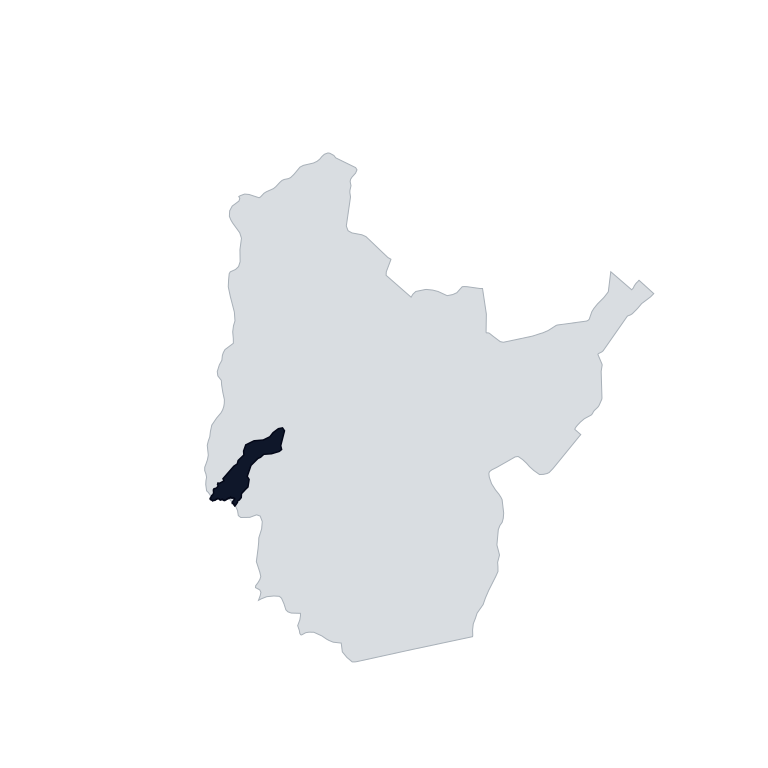 Yambio, Western Equatoria, South Sudan shown in context, rotated 41°
{"feature_id": "79223893B76948069319823", "entity_name": "Yambio", "entity_type": "district", "adm_level": 2, "iso_a3": "SSD", "parent_name": "South Sudan", "parent_adm1": "Western Equatoria", "projection": "equal_earth", "projection_center": [28.647, 5.178], "detail": "fine", "context": "in_parent", "style": "filled", "palette": "ink", "viewbox_px": 768, "rotation_deg": 41, "n_neighbors": 0, "source": "geoboundaries", "source_scale": "gbopen_adm2", "svg_char_len": 6964}
<svg xmlns="http://www.w3.org/2000/svg" viewBox="0 0 768 768"><g transform="rotate(41 384 384)"><path d="M562.7,588.4L545.6,611.4L544.4,612.8L542.3,614.6L535.4,614.7L528.3,613.5L521.7,607.6L515.0,612.2L510.8,613.6L508.2,614.2L502.3,614.9L493.9,617.4L490.2,620.5L488.1,623.0L486.4,627.5L485.6,627.9L484.0,627.4L481.9,625.6L477.4,623.0L475.2,617.2L473.1,613.8L471.4,611.9L464.3,617.7L460.9,619.0L458.1,618.8L452.9,615.6L447.2,612.9L444.3,612.9L439.9,616.3L435.0,621.5L432.4,626.5L431.2,629.6L429.4,624.9L427.8,622.0L425.3,620.9L420.6,622.0L419.5,620.4L419.2,616.4L418.5,612.8L417.3,610.1L413.6,607.4L404.2,601.8L396.9,590.8L393.2,585.6L390.5,582.3L386.7,573.6L382.4,567.7L377.2,564.9L373.7,566.3L370.2,572.7L363.5,578.7L360.4,578.9L356.5,575.6L351.5,573.3L342.6,572.3L338.9,575.1L334.1,579.7L330.1,582.5L327.5,582.8L325.2,581.7L322.5,581.1L320.2,581.0L315.4,576.8L313.0,573.7L311.3,570.8L308.6,568.7L305.5,567.0L303.3,564.4L302.1,561.1L300.4,556.9L298.1,553.0L290.8,546.2L288.7,542.1L287.2,538.2L284.2,533.8L281.0,528.0L280.0,519.5L279.9,512.6L279.2,509.4L277.9,506.2L276.3,503.6L273.8,500.5L267.9,496.1L261.8,491.0L258.9,488.0L253.3,486.9L250.0,484.0L247.2,477.6L246.1,472.5L243.3,468.5L242.1,465.6L241.4,462.3L243.6,452.1L240.4,448.5L235.6,443.9L232.2,438.8L230.1,434.1L223.9,427.9L210.5,418.7L202.7,412.8L198.5,407.5L194.8,402.3L194.4,400.2L196.8,395.0L197.2,390.8L195.2,386.1L187.2,377.2L180.8,367.5L175.9,364.5L164.2,361.8L160.9,360.7L157.3,358.9L153.9,354.5L152.7,349.3L154.5,341.1L153.4,338.5L151.4,337.8L152.0,336.1L154.2,332.1L157.8,329.5L167.5,325.4L168.1,323.8L168.3,318.7L169.1,316.1L172.4,309.0L172.9,306.1L173.1,300.1L173.5,297.2L174.5,295.1L177.2,291.6L178.1,289.4L178.5,284.8L178.3,275.5L179.7,271.9L185.8,263.5L187.4,259.8L188.0,256.4L187.9,253.0L188.3,249.7L190.1,246.4L191.7,245.4L196.2,244.4L199.2,245.0L220.6,239.3L223.1,240.1L224.2,243.5L224.1,248.9L224.5,251.5L225.6,253.4L229.0,256.0L231.3,260.3L232.6,261.9L236.0,264.8L251.9,289.5L256.3,291.9L260.7,291.0L269.4,285.9L273.7,284.6L303.9,286.0L307.3,285.3L307.5,285.4L312.1,297.8L314.3,300.6L347.5,300.7L346.9,297.2L347.3,293.3L353.1,285.7L354.0,284.8L359.1,281.2L364.1,278.7L373.7,275.9L377.2,271.4L379.1,267.3L379.2,259.3L380.5,257.9L382.8,256.1L393.9,248.9L395.7,247.3L415.4,264.1L426.5,277.3L427.1,278.0L427.7,278.2L428.3,277.8L428.8,277.2L430.1,276.6L434.9,276.4L443.8,275.8L446.7,274.2L464.6,250.5L469.1,243.0L470.2,241.4L472.8,236.0L475.5,226.8L476.1,225.8L495.6,203.6L496.3,201.9L496.4,200.5L493.4,193.0L492.8,189.2L492.6,183.4L493.2,174.4L492.9,168.6L492.7,167.1L492.5,166.8L481.5,150.5L509.1,150.4L509.2,148.3L509.1,147.7L508.5,145.7L508.2,143.1L508.2,141.7L508.4,140.3L508.4,139.6L508.3,139.0L508.3,138.7L508.4,138.4L528.3,138.8L528.0,143.4L525.7,154.2L525.8,160.7L525.3,168.1L524.6,170.3L523.6,172.1L523.2,172.9L523.2,173.7L527.6,215.2L527.3,217.0L526.2,219.6L525.9,220.4L525.9,221.1L526.3,221.5L535.5,226.0L535.9,226.3L536.3,226.7L539.6,232.0L557.8,251.7L558.4,252.7L560.3,258.9L560.5,259.9L560.6,261.3L560.5,262.5L560.1,266.2L560.3,267.9L560.6,269.0L560.8,270.3L560.8,270.7L560.7,271.6L558.0,278.7L557.2,283.8L557.0,288.1L557.1,290.6L557.4,292.2L557.7,292.9L557.9,293.1L565.7,293.1L565.7,295.4L566.9,333.0L567.0,337.2L566.7,342.5L565.8,344.6L563.6,347.6L560.8,350.3L553.8,351.0L548.0,350.9L543.8,350.3L538.1,350.1L532.8,350.7L530.8,353.0L523.8,373.0L521.7,378.0L521.1,380.9L521.8,382.7L524.5,385.2L530.6,388.7L537.6,390.8L542.8,391.7L546.3,392.7L549.0,393.8L559.0,402.9L562.1,407.1L563.9,410.8L564.3,414.8L565.8,418.9L574.8,431.4L583.4,437.3L586.7,444.0L589.9,447.2L593.0,450.7L594.6,455.9L598.4,471.0L600.9,478.9L603.5,485.4L604.6,495.9L606.6,500.6L608.7,506.4L612.2,511.5L615.9,515.5L616.6,516.6L579.5,565.8L562.7,588.4Z" fill="#d9dde1" stroke="#a8b0b8" stroke-width="1"/><path d="M336.2,483.7L333.6,487.0L332.2,493.5L332.5,498.7L329.6,505.5L323.2,512.1L319.6,520.6L322.0,526.7L324.8,529.5L324.1,537.4L325.7,540.6L324.6,544.5L324.6,561.1L326.8,562.1L325.0,566.8L323.6,567.7L324.4,569.2L325.8,569.7L325.8,572.5L324.4,574.6L324.7,575.9L327.0,578.1L327.5,580.4L327.1,581.1L327.2,581.3L327.4,581.5L327.5,581.6L327.6,581.8L327.5,582.0L327.5,582.4L327.6,582.5L327.7,582.8L327.7,583.1L327.8,583.4L327.8,583.6L327.7,584.0L327.8,584.3L328.0,584.3L328.0,584.5L328.1,584.8L328.3,584.9L328.4,584.6L328.5,584.4L328.9,584.4L329.1,584.5L329.3,584.7L329.3,584.8L329.5,584.9L329.7,585.0L329.8,584.9L330.0,584.8L330.0,584.6L330.3,584.5L330.5,584.5L330.8,584.5L331.0,584.6L331.2,584.4L331.2,584.2L331.4,584.2L331.5,584.3L331.6,584.0L331.7,583.9L331.8,583.6L331.9,583.4L332.1,583.5L332.2,583.4L332.3,583.1L332.4,582.9L332.6,582.6L332.8,582.5L332.9,582.3L332.9,582.0L332.8,581.8L332.7,581.6L332.9,581.4L333.1,581.3L333.2,581.1L333.0,580.7L333.3,580.5L333.4,580.4L333.6,580.2L333.7,579.9L333.5,579.6L333.6,579.3L333.8,579.4L334.0,579.4L334.3,579.3L334.5,579.2L334.8,579.1L335.0,578.9L335.2,579.0L335.4,579.0L335.5,578.9L335.8,579.0L336.0,579.0L336.4,579.1L336.5,579.0L336.8,578.9L336.9,578.5L336.9,578.4L337.0,578.1L337.3,578.0L337.3,577.7L337.3,577.3L337.4,577.2L337.5,577.0L337.7,576.9L337.9,576.9L338.0,576.9L338.2,577.1L338.4,577.1L338.6,577.0L338.7,576.9L338.8,576.9L338.9,577.0L339.0,577.1L339.2,576.9L339.4,576.7L339.5,576.6L339.8,576.8L339.9,576.7L340.1,576.5L340.2,576.4L340.3,576.4L340.4,576.1L340.2,575.9L340.2,575.7L340.4,575.6L340.6,575.5L340.7,575.2L340.8,575.0L340.9,574.9L340.9,574.7L340.9,574.3L340.9,574.1L341.0,574.0L341.0,573.8L341.0,573.7L341.3,573.6L341.4,573.4L341.5,573.3L341.6,573.1L341.5,572.8L341.4,572.7L341.3,572.3L341.3,572.1L341.4,571.9L341.6,571.8L341.8,571.7L341.8,571.8L342.0,571.8L342.2,571.5L342.3,571.4L342.4,571.2L342.5,571.2L342.4,570.9L342.2,570.9L342.2,570.7L342.3,570.6L342.5,570.4L342.6,570.1L342.5,569.9L342.8,569.9L342.8,570.1L342.9,570.3L343.0,570.3L343.1,570.2L343.3,570.0L343.5,570.0L343.8,570.0L343.8,569.8L343.9,570.0L344.1,569.9L344.3,569.8L344.3,569.7L344.5,569.6L344.6,569.4L344.6,569.1L344.8,569.2L345.0,569.0L345.0,568.8L345.3,568.7L345.5,568.5L345.8,568.7L346.0,568.7L346.1,568.8L346.3,568.8L346.5,568.6L346.6,568.8L346.7,569.0L346.8,569.2L346.9,569.3L347.0,569.4L346.9,569.6L346.7,569.8L346.7,570.0L346.8,570.3L346.9,570.5L347.0,570.6L347.0,570.9L346.9,570.9L346.9,571.1L346.9,571.3L346.9,571.5L347.0,571.7L346.9,571.8L346.9,572.0L347.0,572.4L347.1,572.6L347.2,572.8L347.2,573.0L347.4,573.1L347.5,573.2L347.6,573.4L347.6,573.5L347.8,573.6L347.9,573.4L348.0,573.3L348.2,573.5L348.3,573.4L348.4,573.1L348.5,573.0L348.7,572.9L348.8,572.9L348.9,573.0L349.0,573.0L349.2,572.9L349.3,573.0L349.5,573.2L349.6,573.4L349.8,573.4L349.9,573.5L350.0,573.6L350.3,573.8L350.5,573.8L350.6,573.7L350.8,573.4L350.9,573.5L351.0,573.8L351.3,573.9L351.5,574.0L351.6,573.8L351.1,569.5L350.2,568.2L350.9,566.5L350.8,563.4L348.4,560.3L348.6,554.3L348.9,551.0L344.8,544.5L341.4,543.5L337.0,532.7L337.7,522.9L338.9,520.3L339.4,515.9L344.9,510.4L349.2,503.5L349.7,500.6L346.5,498.3L339.6,484.6L336.2,483.7Z" fill="#0f172a" stroke="#020617" stroke-width="1.5"/></g></svg>